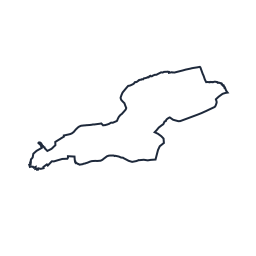 Kaduna South, Kaduna, Nigeria, rotated 247°
{"feature_id": "59680162B16574916896740", "entity_name": "Kaduna South", "entity_type": "district", "adm_level": 2, "iso_a3": "NGA", "parent_name": "Nigeria", "parent_adm1": "Kaduna", "projection": "equal_earth", "projection_center": [7.417, 10.498], "detail": "fine", "context": "isolated", "style": "outline", "palette": "slate", "viewbox_px": 256, "rotation_deg": 247, "n_neighbors": 0, "source": "geoboundaries", "source_scale": "gbopen_adm2", "svg_char_len": 4729}
<svg xmlns="http://www.w3.org/2000/svg" viewBox="0 0 256 256"><g transform="rotate(247 128 128)"><path d="M88.2,141.0L96.0,147.0L98.8,150.1L100.2,155.2L103.8,156.4L104.4,156.6L107.5,155.4L111.0,153.3L113.7,150.9L114.7,153.3L116.4,156.5L116.8,158.1L117.3,159.9L117.7,162.0L119.7,164.2L119.6,165.5L120.7,166.6L121.1,167.8L121.4,169.4L121.4,170.6L118.0,172.7L116.8,174.2L114.6,177.0L114.3,177.8L114.0,178.6L113.9,179.8L113.6,186.2L113.1,197.3L113.0,201.6L113.1,205.1L113.1,206.3L113.3,210.6L113.5,216.0L114.2,217.2L115.1,218.1L116.7,219.5L117.8,219.9L120.1,220.1L121.4,223.7L122.5,228.4L122.2,231.5L121.7,233.5L122.8,233.2L123.9,233.0L125.4,232.9L126.2,233.0L127.1,233.0L127.2,232.5L127.5,232.5L127.8,232.6L128.0,232.9L128.5,232.7L128.8,232.5L129.2,232.5L129.6,232.7L129.8,232.8L130.0,232.7L130.0,232.4L130.1,232.2L130.1,231.9L130.3,231.9L130.5,231.8L130.6,231.7L130.8,231.6L131.0,231.7L131.2,231.8L131.3,231.8L131.5,231.7L131.8,231.4L132.0,231.3L132.0,231.2L132.3,231.2L132.3,231.4L132.4,231.5L132.5,231.4L132.9,231.2L133.0,231.0L133.1,230.9L133.3,230.5L133.4,230.3L133.9,229.7L134.1,229.5L134.2,229.3L134.3,229.3L134.4,229.0L134.4,228.8L134.5,228.7L134.4,228.5L134.5,228.3L134.8,228.3L135.1,228.3L135.2,228.2L135.3,228.2L135.5,228.0L135.6,227.8L135.6,227.6L135.8,227.5L135.9,227.3L136.7,226.1L136.8,225.6L136.9,225.2L136.9,224.9L136.9,224.6L136.9,224.3L137.0,224.1L137.0,223.9L137.1,223.7L137.3,223.7L137.4,223.2L137.5,223.0L137.7,222.9L137.8,222.5L137.9,222.2L138.0,221.8L138.1,221.7L138.3,221.6L138.3,221.4L138.3,221.2L138.2,221.0L138.3,220.9L138.5,220.8L138.6,220.6L138.7,220.4L138.7,220.2L138.8,220.0L138.8,219.9L139.0,219.6L139.1,219.4L139.3,219.1L139.4,218.8L139.5,218.5L139.7,218.0L139.7,217.9L140.1,217.8L141.1,217.8L142.6,217.7L144.2,217.8L145.0,217.9L145.3,217.9L147.1,218.0L148.2,217.9L155.5,218.3L156.2,218.0L156.8,215.3L157.7,211.8L158.2,209.5L158.2,209.0L159.2,204.0L159.6,200.8L160.9,192.5L161.8,190.5L162.2,190.2L162.8,187.3L163.6,187.6L163.9,186.9L164.3,186.7L164.6,185.7L165.2,184.1L165.6,183.1L165.5,182.4L165.6,181.3L166.0,180.8L166.3,180.0L166.2,179.2L166.1,177.0L166.0,176.1L165.9,175.0L166.5,173.4L166.5,172.3L166.5,170.8L166.3,170.5L166.5,169.5L166.9,168.8L167.0,168.8L167.3,168.8L167.3,168.6L167.3,168.4L167.2,168.2L167.2,167.8L167.1,167.6L166.8,167.2L166.6,166.9L166.7,166.2L167.1,165.9L167.0,165.0L167.0,164.4L167.2,163.1L167.5,162.1L167.3,161.6L166.9,160.9L167.5,159.7L167.3,159.0L167.4,158.6L167.7,158.1L167.7,157.6L167.6,156.8L167.8,156.6L167.7,156.3L167.4,155.9L167.3,155.2L167.0,154.0L167.1,153.1L167.5,152.6L167.4,152.0L166.6,150.8L166.4,149.6L166.3,148.0L166.3,146.2L166.7,144.6L165.7,142.5L162.8,136.9L160.8,134.8L158.9,133.1L157.9,132.8L156.4,132.8L154.4,133.5L152.2,134.4L150.7,134.3L148.8,134.2L147.1,134.2L145.9,133.1L144.8,130.9L143.3,127.7L143.0,126.2L141.9,124.0L140.6,122.4L139.5,121.3L138.9,120.7L138.8,119.8L138.8,116.1L139.5,114.5L139.3,112.6L139.2,112.4L139.3,110.6L139.3,110.4L139.5,109.0L139.5,108.8L139.6,108.0L139.7,107.7L139.8,107.5L140.0,106.8L140.2,106.1L142.1,105.4L142.7,105.1L142.7,104.6L144.3,98.8L144.3,98.7L144.5,98.2L145.1,96.6L145.1,96.3L145.1,96.0L145.5,94.8L145.5,94.6L146.0,93.1L146.1,92.9L146.4,91.9L146.7,91.2L147.1,89.8L147.2,89.5L147.6,88.5L147.7,88.0L148.4,85.7L148.4,83.7L148.1,82.2L147.0,79.3L145.6,76.6L145.4,75.9L145.0,74.3L145.0,74.2L145.0,72.4L145.4,70.0L145.6,69.1L145.8,67.8L146.2,66.0L145.1,65.6L144.6,62.0L144.5,61.7L144.1,58.9L143.9,57.6L143.6,55.6L143.1,55.4L141.4,54.8L140.8,54.5L140.5,54.4L139.7,52.0L139.4,51.4L138.7,49.4L138.5,46.5L138.4,44.8L141.0,43.8L141.6,43.5L142.8,43.6L143.1,43.1L144.1,42.9L144.0,42.6L144.1,42.4L144.7,42.2L145.8,42.3L146.5,42.2L146.9,42.1L147.6,42.1L148.2,41.9L149.2,41.2L149.5,40.2L149.2,39.7L147.5,40.4L147.0,40.9L145.4,40.9L143.4,40.8L142.7,34.9L141.3,30.8L138.1,28.7L137.2,26.9L137.1,26.5L136.4,26.0L136.2,26.0L134.5,24.5L134.3,25.1L132.6,24.1L132.7,22.7L130.5,22.5L130.3,24.2L129.7,24.7L129.5,25.4L128.3,25.7L128.3,27.8L126.5,26.7L126.1,28.3L125.1,28.0L124.8,29.0L125.8,29.9L124.5,31.7L124.0,34.6L125.2,34.9L126.2,39.1L124.8,39.5L125.9,42.1L127.1,44.8L126.2,46.8L125.7,51.3L125.2,55.4L123.4,60.2L124.2,61.2L125.5,61.7L122.6,67.6L119.7,66.6L118.5,66.3L118.0,66.5L117.7,66.1L116.8,66.0L116.0,66.3L116.1,66.8L115.3,67.3L114.3,68.0L114.2,68.4L113.2,69.0L112.4,72.2L112.5,73.0L112.1,74.7L112.1,75.6L111.9,77.1L111.9,78.5L111.9,79.9L111.7,81.6L111.0,83.7L110.5,85.1L109.7,86.7L109.2,88.2L108.6,90.0L108.7,92.0L109.2,93.6L110.2,97.7L110.0,99.8L108.7,103.1L108.2,104.2L107.5,104.6L107.3,105.6L105.3,108.4L103.5,110.1L102.6,111.8L101.5,112.5L100.1,113.7L97.5,115.8L95.2,118.6L94.3,122.8L94.2,124.9L94.3,125.1L94.1,125.4L92.6,130.1L90.5,133.5L89.8,136.4L88.2,141.0Z" fill="none" stroke="#1e293b" stroke-width="2"/></g></svg>